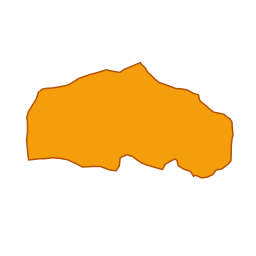 outline of Ujar District, Ucar, Azerbaijan, rotated 170°
{"feature_id": "54616110B8701125158325", "entity_name": "Ujar District", "entity_type": "district", "adm_level": 2, "iso_a3": "AZE", "parent_name": "Azerbaijan", "parent_adm1": "Ucar", "projection": "albers", "projection_center": [47.737, 40.438], "detail": "fine", "context": "isolated", "style": "filled", "palette": "amber", "viewbox_px": 256, "rotation_deg": 170, "n_neighbors": 0, "source": "geoboundaries", "source_scale": "gbopen_adm2", "svg_char_len": 1224}
<svg xmlns="http://www.w3.org/2000/svg" viewBox="0 0 256 256"><g transform="rotate(170 128 128)"><path d="M52.8,148.4L57.6,150.8L63.1,155.2L68.5,157.3L73.7,158.4L80.7,162.5L84.0,164.4L89.6,167.5L92.8,171.1L95.5,175.2L98.8,179.4L101.0,185.0L103.3,187.6L104.4,190.2L106.8,189.8L111.3,188.6L121.2,186.5L126.4,184.2L134.4,187.0L139.1,189.1L148.3,187.9L156.8,187.2L168.1,185.3L175.8,182.0L180.5,180.6L188.3,180.5L194.9,180.5L201.2,181.2L205.2,181.2L206.7,180.5L209.9,178.8L213.2,172.7L218.4,166.8L223.3,161.3L225.9,155.9L225.9,151.9L227.7,141.5L229.8,134.1L230.3,130.4L231.2,119.3L231.4,113.8L230.2,113.7L219.7,113.0L215.2,112.2L207.4,111.8L199.1,109.5L193.2,107.3L184.7,101.4L179.7,97.5L169.0,96.2L162.1,95.0L153.2,89.8L147.2,87.9L143.3,91.8L140.9,100.0L134.0,101.9L128.4,99.2L124.5,94.8L120.5,91.1L116.1,88.4L101.4,81.1L97.2,86.1L87.1,89.5L85.3,87.1L85.2,82.2L79.8,77.5L74.1,74.5L71.9,69.1L70.8,69.8L67.9,68.7L64.3,66.1L58.8,65.8L52.8,67.3L48.4,71.4L42.7,71.4L35.6,75.1L32.3,77.9L31.4,81.8L30.2,88.3L29.1,93.8L27.7,98.4L25.7,103.4L25.3,109.2L24.6,115.4L26.0,119.2L30.0,123.3L30.8,124.6L35.4,126.6L40.9,128.7L44.9,133.2L47.3,136.4L52.0,141.6L52.8,144.0L52.8,148.4Z" fill="#f59e0b" stroke="#b45309" stroke-width="1.5"/></g></svg>